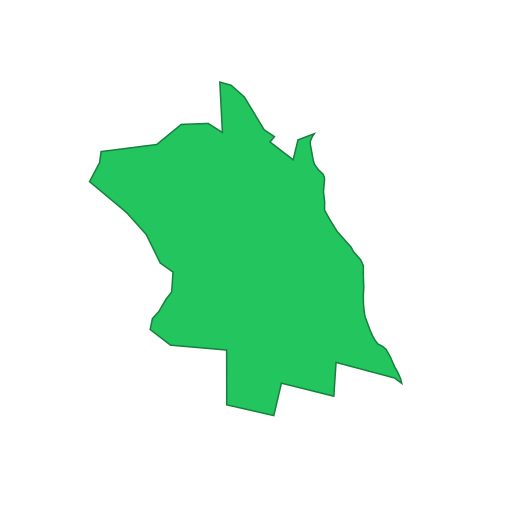 Mercer, New Jersey, United States of America, rotated 202°
{"feature_id": "52423323B46103575279257", "entity_name": "Mercer", "entity_type": "district", "adm_level": 2, "iso_a3": "USA", "parent_name": "United States of America", "parent_adm1": "New Jersey", "projection": "albers", "projection_center": [-74.749, 40.281], "detail": "fine", "context": "isolated", "style": "filled", "palette": "green", "viewbox_px": 512, "rotation_deg": 202, "n_neighbors": 0, "source": "geoboundaries", "source_scale": "gbopen_adm2", "svg_char_len": 1040}
<svg xmlns="http://www.w3.org/2000/svg" viewBox="0 0 512 512"><g transform="rotate(202 256 256)"><path d="M73.2,192.5L75.8,196.2L81.0,201.3L86.0,205.2L93.4,212.5L100.6,218.2L104.6,219.6L110.0,220.1L113.8,222.3L117.4,225.1L122.5,230.0L132.3,240.8L135.1,245.5L138.4,251.8L141.6,259.3L144.3,267.3L149.4,278.6L152.8,287.2L157.5,291.7L167.4,296.6L170.9,299.7L190.0,309.2L201.2,317.4L209.0,323.7L209.8,324.6L212.5,331.7L217.3,340.5L217.5,340.8L220.5,350.7L221.5,353.5L222.5,355.1L224.4,356.8L224.6,357.0L230.6,359.4L236.1,362.9L238.8,366.2L247.9,380.6L248.6,382.9L248.5,387.7L247.8,391.2L260.6,379.4L257.6,359.1L285.7,367.0L283.6,373.6L295.7,376.1L326.4,399.1L343.1,405.0L354.7,403.7L333.4,357.9L350.0,361.0L374.6,350.0L389.8,322.2L438.8,294.8L436.0,284.0L438.2,262.6L392.3,247.8L365.8,234.8L342.1,213.6L326.9,210.0L320.7,191.0L323.3,182.1L325.3,168.1L328.6,159.2L326.6,148.2L301.9,141.3L248.0,157.8L227.4,107.0L179.7,114.7L184.8,147.6L131.3,155.1L141.9,187.3L81.7,194.8L73.2,192.5Z" fill="#22c55e" stroke="#15803d" stroke-width="1.5"/></g></svg>